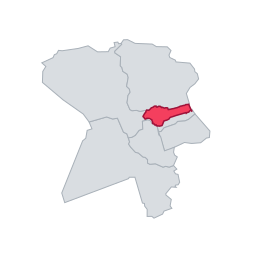 Benin and the surrounding countries, rotated 254°
{"feature_id": "BEN", "entity_name": "Benin", "entity_type": "country or territory", "adm_level": 0, "iso_a3": "BEN", "parent_name": "Africa", "parent_adm1": "", "projection": "natural_earth1", "projection_center": [2.346, 9.3], "detail": "fine", "context": "with_neighbors", "style": "filled", "palette": "rose", "viewbox_px": 256, "rotation_deg": 254, "n_neighbors": 6, "source": "natural_earth", "source_scale": "50m", "svg_char_len": 4888}
<svg xmlns="http://www.w3.org/2000/svg" viewBox="0 0 256 256"><g transform="rotate(254 128 128)"><path d="M38.7,148.0L38.2,139.7L35.7,137.5L34.2,128.1L36.5,126.6L37.7,122.0L44.5,124.0L48.3,122.5L50.9,123.0L51.9,121.2L78.8,121.1L80.3,115.6L79.2,114.6L73.7,46.6L83.8,46.4L128.2,80.9L129.8,84.6L137.0,88.1L137.1,93.1L144.5,92.3L144.5,110.5L140.9,115.7L140.3,120.6L125.2,122.5L122.7,125.3L114.1,125.7L112.5,124.1L108.8,125.3L102.5,128.5L101.2,131.0L95.9,134.5L95.0,136.5L92.2,138.1L89.0,137.1L87.1,139.0L86.1,144.4L80.7,150.9L80.8,153.6L79.0,156.9L79.4,161.4L75.0,163.6L74.0,160.2L70.9,161.0L69.6,163.3L61.6,162.7L59.6,160.5L60.0,158.1L59.2,157.2L57.7,158.0L59.4,153.4L54.4,146.2L53.1,146.0L47.4,149.9L41.5,147.0L38.7,148.0Z" fill="#d9dde1" stroke="#a8b0b8" stroke-width="1"/><path d="M214.4,63.1L216.3,75.4L218.8,77.4L219.0,79.9L221.8,82.6L220.4,86.0L218.2,102.0L218.0,112.3L209.6,119.7L206.8,130.0L209.7,132.9L209.7,138.0L214.0,138.2L213.4,141.9L211.5,142.3L211.3,144.8L210.1,145.0L205.4,136.4L203.8,136.1L198.6,140.5L189.8,137.7L187.8,138.8L183.9,138.6L180.0,142.0L176.5,142.1L168.4,138.1L165.2,140.0L161.8,139.9L159.2,136.9L152.5,134.0L145.2,134.9L143.5,136.6L142.6,141.1L140.6,144.3L140.2,151.3L135.0,146.8L132.6,146.8L130.4,149.1L130.5,143.7L122.8,141.9L122.6,138.1L118.8,133.0L117.9,129.4L118.4,125.6L122.7,125.3L125.2,122.5L140.3,120.6L140.9,115.7L144.5,110.5L144.5,92.3L153.8,88.8L173.0,73.3L195.4,58.3L205.9,61.7L209.8,66.0L214.4,63.1Z" fill="#d9dde1" stroke="#a8b0b8" stroke-width="1"/><path d="M134.0,193.7L134.2,176.1L135.5,171.1L140.8,163.9L140.1,161.7L141.4,158.6L139.9,153.9L140.6,144.3L142.6,141.1L143.5,136.6L145.2,134.9L152.5,134.0L159.2,136.9L161.8,139.9L165.2,140.0L168.4,138.1L176.5,142.1L180.0,142.0L183.9,138.6L187.8,138.8L189.8,137.7L198.6,140.5L203.8,136.1L205.4,136.4L210.1,145.0L211.3,144.8L214.0,148.0L213.0,152.0L207.4,158.1L202.0,174.4L198.4,177.7L195.2,188.1L190.6,190.7L186.8,187.5L184.2,187.6L180.2,192.2L178.3,192.3L173.3,205.4L166.3,208.2L163.7,207.8L161.1,209.6L155.7,209.4L152.1,204.5L149.9,198.8L145.1,193.6L134.0,193.7Z" fill="#d9dde1" stroke="#a8b0b8" stroke-width="1"/><path d="M121.9,156.5L121.0,160.7L125.4,165.7L125.7,169.6L127.1,171.2L126.7,189.2L128.4,194.6L123.0,196.3L119.6,188.6L119.1,184.7L120.6,177.6L118.9,174.7L118.3,162.9L115.5,158.8L116.0,156.4L121.9,156.5Z" fill="#d9dde1" stroke="#a8b0b8" stroke-width="1"/><path d="M116.0,156.4L115.5,158.8L118.3,162.9L118.9,174.7L120.6,177.6L119.1,184.7L119.6,188.6L123.0,196.3L102.5,205.9L96.4,203.6L96.7,200.6L93.8,193.8L95.6,184.9L98.5,178.3L95.8,161.3L96.0,156.8L116.0,156.4Z" fill="#d9dde1" stroke="#a8b0b8" stroke-width="1"/><path d="M79.4,161.4L79.0,156.9L80.8,153.6L80.7,150.9L86.1,144.4L87.1,139.0L89.0,137.1L92.2,138.1L95.0,136.5L95.9,134.5L101.2,131.0L102.5,128.5L108.8,125.3L112.5,124.1L114.1,125.7L118.4,125.6L117.9,129.4L118.8,133.0L122.6,138.1L122.8,141.9L130.5,143.7L130.4,149.1L128.9,151.5L125.6,152.2L124.2,155.6L121.9,156.5L112.9,155.7L110.7,157.0L96.0,156.8L96.7,167.2L92.1,165.1L89.0,165.4L86.6,167.4L79.4,161.4Z" fill="#d9dde1" stroke="#a8b0b8" stroke-width="1"/><path d="M126.8,194.1L126.7,193.8L127.8,193.4L127.6,192.4L126.9,191.2L126.6,191.0L126.5,190.4L126.6,190.0L126.5,189.7L126.5,188.9L126.1,188.0L126.8,187.9L126.8,185.0L126.8,182.2L126.8,179.8L126.8,177.9L126.7,175.7L126.6,174.0L126.6,171.8L126.4,171.1L125.4,170.0L125.2,169.4L125.1,168.6L124.9,167.8L124.9,166.3L124.9,164.6L124.8,164.4L123.8,163.6L122.3,162.5L121.2,161.6L121.0,161.3L121.1,158.8L121.4,158.4L121.7,157.4L121.9,156.6L122.1,156.6L122.3,156.3L122.5,155.9L122.7,156.0L123.0,156.0L123.2,155.9L123.1,155.6L123.2,155.3L123.5,155.1L123.6,154.8L123.6,154.5L123.8,154.4L124.2,154.5L124.5,154.3L124.7,154.2L125.0,153.5L125.2,153.3L125.3,153.1L125.5,153.0L126.0,152.9L126.4,153.0L126.6,153.4L128.4,153.0L129.2,153.2L130.9,151.6L131.3,151.1L131.8,149.9L131.9,149.5L132.1,148.7L131.8,147.2L131.8,146.9L132.5,146.6L133.4,146.3L133.7,146.3L133.9,146.2L134.2,145.9L134.7,145.6L135.1,145.7L135.2,145.8L137.1,147.7L137.9,148.7L138.1,149.2L138.5,149.6L139.1,149.8L139.6,150.3L140.1,151.0L139.8,151.5L139.4,152.6L139.4,153.4L140.4,155.1L140.5,155.3L140.8,155.6L140.9,155.9L141.0,156.7L141.1,157.7L141.2,158.3L141.7,159.2L141.7,159.6L141.4,160.9L141.3,161.1L141.2,161.1L140.7,161.0L140.4,161.1L140.1,161.6L140.0,162.1L140.4,163.1L140.1,164.3L139.8,165.1L139.3,165.5L138.8,165.6L138.5,165.8L138.3,166.1L138.3,167.0L137.6,167.8L137.2,168.3L137.0,168.7L137.1,169.7L136.8,170.7L136.4,171.6L135.4,171.7L134.6,171.8L134.3,173.9L134.3,175.2L134.2,176.6L134.1,177.1L134.1,177.9L134.1,179.7L134.0,181.1L134.1,181.4L134.2,182.2L134.2,183.1L134.4,183.7L134.6,184.2L134.6,184.4L134.5,184.6L134.4,184.8L134.4,186.8L134.4,187.4L134.4,187.8L134.2,188.1L134.3,189.1L134.4,189.7L134.6,190.2L134.4,190.6L134.3,191.1L134.1,192.4L134.1,192.9L131.3,193.2L128.1,193.7L126.8,194.1Z" fill="#f43f5e" stroke="#9f1239" stroke-width="1.5"/></g></svg>